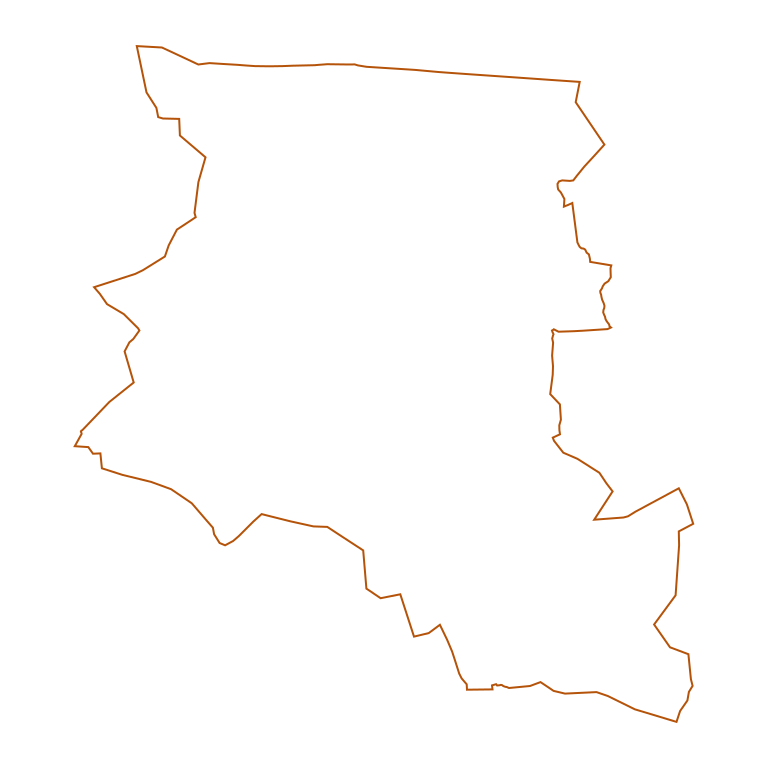 the district of Sule Tankarkar, Jigawa, Nigeria
{"feature_id": "59680162B44120553871969", "entity_name": "Sule Tankarkar", "entity_type": "district", "adm_level": 2, "iso_a3": "NGA", "parent_name": "Nigeria", "parent_adm1": "Jigawa", "projection": "albers", "projection_center": [9.243, 12.628], "detail": "fine", "context": "isolated", "style": "outline", "palette": "amber", "viewbox_px": 768, "rotation_deg": 0, "n_neighbors": 0, "source": "geoboundaries", "source_scale": "gbopen_adm2", "svg_char_len": 2778}
<svg xmlns="http://www.w3.org/2000/svg" viewBox="0 0 768 768"><path d="M602.1,299.6L601.4,296.6L601.1,294.6L600.4,292.9L600.2,291.0L601.2,289.6L602.0,288.3L602.8,286.2L604.6,283.6L608.3,281.2L610.8,277.2L610.6,272.4L610.5,268.2L611.3,265.4L590.2,261.9L589.9,258.7L588.9,254.4L586.6,252.6L585.2,249.6L583.6,248.6L581.4,248.3L579.7,246.9L578.4,244.5L577.4,242.4L572.3,203.0L568.6,204.7L568.0,205.0L567.9,205.0L567.0,205.4L566.1,205.7L563.9,206.6L564.4,199.0L560.9,192.5L558.2,189.5L557.7,187.1L557.5,183.9L559.0,181.4L562.2,180.4L569.9,180.9L573.3,180.4L576.9,175.7L584.3,166.6L593.9,156.2L604.4,144.6L575.7,102.2L579.7,81.9L553.4,80.1L519.2,77.7L470.2,74.3L449.0,72.8L438.3,72.0L415.1,69.9L366.5,66.8L357.9,65.4L354.7,64.4L349.3,64.5L327.3,64.2L318.0,64.9L314.7,65.2L292.9,65.7L282.7,66.1L269.4,66.3L254.9,66.1L246.1,65.5L237.1,64.8L223.5,64.0L209.5,63.1L198.3,64.5L161.9,47.5L136.8,46.1L142.9,75.2L146.5,92.4L156.4,107.9L158.2,117.1L162.9,118.5L179.2,118.9L179.9,135.5L205.5,157.3L198.4,182.1L195.5,205.0L195.1,208.1L194.5,212.9L195.7,217.2L186.5,223.3L176.9,229.6L168.7,245.4L164.9,256.5L142.9,270.2L135.3,273.9L94.1,287.2L99.8,293.8L107.0,304.1L123.8,314.1L138.1,328.3L139.4,330.5L133.3,339.0L129.4,342.3L124.6,351.4L133.7,382.5L109.4,401.9L82.2,430.3L81.3,430.7L80.9,431.7L81.5,433.1L81.6,433.9L74.8,446.2L88.3,447.1L93.0,453.7L100.4,453.4L101.9,468.3L122.5,474.9L151.1,481.9L171.1,489.2L191.8,503.3L207.3,521.3L212.9,527.7L214.1,534.2L219.6,543.0L225.1,545.3L233.1,541.0L238.8,536.1L253.3,521.6L261.6,514.1L290.3,521.3L313.4,526.4L327.3,526.9L341.9,536.5L363.2,550.4L366.4,588.6L380.6,598.2L400.3,594.3L414.0,636.6L428.7,633.1L439.9,624.8L447.1,639.7L452.1,651.5L455.0,660.4L459.2,673.6L461.7,678.5L464.8,682.1L466.7,684.3L467.0,689.7L492.5,689.4L492.0,685.4L496.1,684.2L497.1,685.5L499.8,685.2L500.7,684.9L501.8,685.0L503.4,686.1L505.3,686.8L506.7,687.0L509.0,688.0L530.0,686.0L540.5,682.1L548.6,687.5L553.6,690.9L565.0,693.6L596.5,692.1L607.8,696.0L634.8,709.3L676.5,721.9L680.1,711.0L687.4,700.5L688.9,691.9L692.6,685.9L690.9,679.1L688.4,654.2L670.0,647.3L654.1,624.5L675.6,595.3L679.1,545.3L678.8,531.4L693.2,523.8L686.9,504.4L678.8,488.3L635.4,511.7L628.0,516.3L623.5,517.5L594.2,519.7L612.6,491.4L606.4,483.3L599.4,472.8L577.4,458.8L563.3,452.7L554.0,440.8L552.8,437.6L560.0,434.3L559.4,430.2L559.3,425.3L560.9,419.7L559.9,404.4L550.2,394.1L552.7,374.9L553.0,366.2L552.1,355.6L553.1,342.7L552.2,338.4L552.6,337.1L553.0,335.5L553.5,334.3L553.3,333.7L552.5,332.1L552.0,330.5L553.1,329.9L553.8,329.3L558.5,331.7L573.8,331.2L583.0,330.7L607.5,329.1L611.0,327.5L609.5,326.2L609.1,324.4L607.9,322.9L606.3,320.6L605.5,319.0L605.0,316.6L604.1,314.8L603.2,312.4L603.5,309.9L604.2,308.1L604.5,305.9L603.7,303.2L602.1,299.6Z" fill="none" stroke="#b45309" stroke-width="2"/></svg>